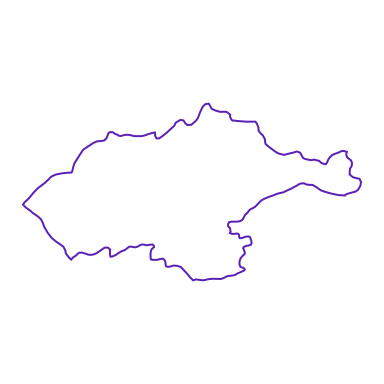 outline of Hantsavichy, Brest, Belarus
{"feature_id": "67162791B6713137002494", "entity_name": "Hantsavichy", "entity_type": "district", "adm_level": 2, "iso_a3": "BLR", "parent_name": "Belarus", "parent_adm1": "Brest", "projection": "natural_earth1", "projection_center": [26.586, 52.677], "detail": "fine", "context": "isolated", "style": "outline", "palette": "violet", "viewbox_px": 384, "rotation_deg": 0, "n_neighbors": 0, "source": "geoboundaries", "source_scale": "gbopen_adm2", "svg_char_len": 4033}
<svg xmlns="http://www.w3.org/2000/svg" viewBox="0 0 384 384"><path d="M344.6,195.5L344.6,195.3L346.9,194.0L349.8,193.1L355.8,191.5L358.1,189.7L360.4,185.7L361.0,181.9L359.5,178.8L356.1,178.1L352.9,177.2L349.7,174.5L349.7,171.8L350.0,168.7L351.7,166.0L352.0,162.9L351.1,160.5L348.3,158.2L347.1,157.3L346.2,154.7L346.8,151.8L343.4,150.9L341.0,151.3L338.2,152.7L334.4,154.0L332.1,155.1L329.3,158.0L328.1,160.0L327.0,162.7L325.6,164.3L321.5,163.1L319.2,160.9L314.0,159.6L311.2,160.2L305.4,159.1L303.1,158.0L301.7,155.6L300.2,152.7L296.8,151.5L293.0,152.7L287.3,154.0L284.1,154.9L280.4,154.0L278.1,153.3L275.5,151.8L272.9,149.8L269.8,147.5L267.2,145.5L265.4,143.7L265.1,141.1L264.9,139.1L262.8,135.3L260.3,133.1L258.5,130.4L258.5,127.7L256.8,123.5L255.4,121.7L252.2,121.7L247.9,121.7L243.9,121.5L237.3,121.0L234.7,120.6L232.7,120.6L231.5,119.7L230.1,116.8L230.1,114.6L226.6,111.9L223.7,111.7L220.3,111.9L215.1,110.4L211.7,108.8L210.0,105.7L208.8,103.7L205.4,104.1L202.8,106.6L200.2,111.9L197.9,118.1L195.9,120.8L191.3,124.8L187.3,125.0L185.5,123.5L183.5,120.4L180.4,119.9L175.8,122.6L174.3,125.7L166.6,132.8L162.0,136.4L159.1,138.4L156.5,138.4L155.1,135.7L155.1,132.8L155.0,132.5L152.9,132.8L148.3,134.1L144.9,135.4L141.7,136.1L134.3,136.1L131.8,135.5L128.7,134.8L125.4,134.8L123.1,135.4L120.9,136.0L119.0,135.8L117.6,134.8L115.1,133.9L113.0,132.3L110.3,132.1L108.6,132.9L107.6,135.4L106.5,138.3L104.0,140.6L99.7,141.1L96.5,141.5L93.5,142.9L88.9,145.9L83.2,149.7L79.1,155.9L76.7,159.7L74.3,163.5L73.2,167.3L72.1,171.7L71.2,172.6L67.7,172.7L61.5,173.4L55.6,174.6L51.2,176.7L48.3,179.7L44.7,183.0L38.0,188.1L35.3,190.8L32.8,193.5L29.0,198.2L24.7,202.2L23.2,204.4L23.0,204.7L26.0,207.6L30.6,211.0L33.0,213.1L38.2,216.7L41.1,219.4L43.0,223.4L44.1,226.6L47.9,233.1L51.6,237.8L55.7,241.3L59.5,243.9L63.3,246.6L65.4,250.6L65.9,253.7L67.3,255.4L68.8,257.3L70.0,258.6L71.3,259.6L72.7,257.7L74.7,256.4L76.7,254.9L77.8,253.6L79.3,252.7L82.0,252.6L85.4,253.6L88.1,254.6L90.5,254.9L92.9,254.6L95.5,253.7L98.0,252.2L101.3,250.0L104.3,247.8L106.1,247.5L108.2,247.8L110.1,249.5L109.9,252.2L110.0,254.1L110.2,255.7L110.5,256.7L111.8,256.7L115.5,255.1L118.0,253.4L120.1,252.1L121.6,251.2L124.9,250.0L127.5,248.0L129.1,246.8L131.1,246.6L133.4,247.1L135.3,247.3L137.1,246.8L138.5,246.2L140.4,245.0L141.9,244.5L144.0,244.6L145.9,245.2L147.7,245.2L149.8,244.7L152.6,244.5L153.8,245.7L154.1,247.0L151.8,249.0L151.0,250.8L150.7,252.5L150.5,253.7L150.6,257.7L150.9,259.4L153.2,259.9L157.1,259.9L159.4,259.2L162.0,258.7L163.3,258.9L164.7,260.3L165.5,262.4L165.5,263.9L165.7,265.1L166.1,266.3L167.3,266.7L169.0,266.8L170.0,266.6L173.4,265.6L177.1,265.8L181.0,267.1L182.7,269.0L186.2,272.7L187.6,274.2L188.5,275.3L190.0,277.3L191.6,278.8L193.0,280.3L193.2,280.2L196.1,279.4L198.7,279.8L200.3,280.0L203.3,280.3L205.9,279.8L208.2,279.2L210.1,279.0L212.9,278.8L217.5,278.9L220.6,279.0L223.3,278.2L225.4,277.1L226.8,276.3L230.0,275.8L232.1,275.6L234.9,275.0L236.9,273.8L238.5,273.0L240.5,272.2L242.4,271.3L244.1,270.5L244.8,269.6L244.3,268.5L243.0,267.8L240.5,266.9L239.5,264.6L239.5,261.5L240.3,258.9L241.9,256.6L243.1,255.4L244.8,253.8L244.6,251.9L243.8,249.6L243.1,248.1L243.9,246.9L246.4,245.9L248.8,245.5L251.1,244.6L251.6,242.6L251.2,240.5L250.2,237.7L249.8,236.9L248.1,236.5L246.5,236.5L243.9,237.3L241.7,238.1L239.8,238.1L239.1,236.8L239.1,235.3L238.4,233.9L236.7,233.5L234.4,233.9L232.2,233.9L229.9,233.1L230.6,231.5L230.2,229.5L229.8,228.0L228.2,226.3L228.1,224.0L229.0,222.2L231.3,221.7L235.1,221.7L238.7,221.5L240.3,221.0L242.1,220.1L242.9,219.0L243.6,217.8L245.0,215.0L247.6,212.6L248.8,210.7L250.7,209.1L253.1,208.0L255.4,206.6L256.2,205.7L257.9,203.9L259.5,202.1L261.9,200.1L264.9,198.5L269.7,196.6L272.7,195.6L277.7,193.6L283.4,192.3L287.0,190.5L291.0,188.8L294.1,187.0L296.9,185.6L298.8,184.3L300.3,183.7L301.9,183.4L304.0,183.3L306.1,184.3L307.8,184.7L310.4,184.9L312.5,184.9L315.6,186.6L317.8,188.2L320.9,190.3L323.4,191.3L328.1,192.7L331.5,193.6L335.2,194.4L338.6,195.1L341.0,195.2L344.6,195.5Z" fill="none" stroke="#5b21b6" stroke-width="2"/></svg>